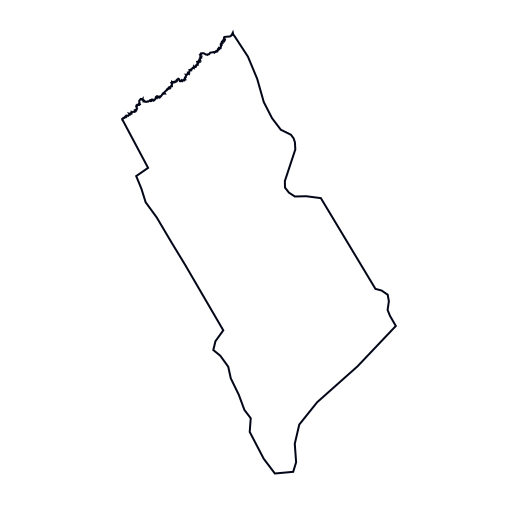 Amada-Gaza, Mambéré-Kadéï, Central African Republic (Albers equal-area conic projection), rotated 60°
{"feature_id": "33826404B6437617730206", "entity_name": "Amada-Gaza", "entity_type": "district", "adm_level": 2, "iso_a3": "CAF", "parent_name": "Central African Republic", "parent_adm1": "Mambéré-Kadéï", "projection": "albers", "projection_center": [14.714, 4.811], "detail": "fine", "context": "isolated", "style": "outline", "palette": "ink", "viewbox_px": 512, "rotation_deg": 60, "n_neighbors": 0, "source": "geoboundaries", "source_scale": "gbopen_adm2", "svg_char_len": 5503}
<svg xmlns="http://www.w3.org/2000/svg" viewBox="0 0 512 512"><g transform="rotate(60 256 256)"><path d="M316.1,340.0L324.5,336.8L338.0,335.4L349.3,339.0L367.7,340.3L383.5,343.0L393.9,341.7L405.2,349.4L435.4,350.7L453.8,348.4L461.5,331.7L454.7,324.4L438.0,316.3L423.6,302.8L413.2,276.1L402.3,223.2L386.5,169.9L374.8,169.9L368.5,169.0L361.7,163.6L355.4,161.3L348.7,164.5L344.2,169.0L238.3,170.9L229.3,182.7L223.9,192.6L217.6,195.8L211.3,196.7L205.5,193.5L183.4,168.7L177.1,165.5L173.0,164.6L168.5,165.1L159.0,171.4L144.6,173.2L126.6,172.3L103.2,166.4L79.3,163.3L54.0,164.7L53.5,165.2L51.0,164.4L51.9,165.7L52.9,167.9L52.8,168.9L51.5,171.6L50.5,173.9L51.4,174.9L51.7,174.9L51.6,175.0L52.0,175.3L52.2,175.1L52.3,175.4L52.5,175.1L52.9,175.0L53.3,175.3L53.4,175.0L53.6,175.2L54.2,176.3L53.9,176.5L53.8,177.1L53.5,177.3L53.5,177.7L53.7,177.8L53.3,177.9L53.4,178.2L53.6,178.2L53.5,178.4L53.8,178.5L54.0,178.9L54.6,179.4L54.8,179.1L55.1,179.7L55.0,179.8L55.3,179.9L55.2,180.1L54.9,180.0L54.9,180.4L55.3,180.5L55.2,180.7L55.5,180.8L55.6,180.6L55.8,180.7L55.9,181.2L56.1,181.3L56.4,181.0L56.5,181.3L57.0,181.5L57.0,181.8L57.2,182.0L57.4,182.1L57.4,182.3L57.5,182.1L58.3,182.7L58.0,183.2L58.1,183.4L57.7,183.5L57.7,183.8L57.4,184.0L57.7,184.2L57.6,184.4L57.8,184.5L57.6,184.7L57.7,185.2L58.1,185.2L58.1,185.4L58.5,185.3L58.4,185.8L58.7,185.9L58.9,186.2L58.8,186.9L59.0,187.0L58.9,187.2L59.1,187.2L59.3,187.3L59.2,187.5L59.3,187.7L59.1,187.8L59.1,188.0L58.9,187.9L58.9,188.4L58.8,188.6L59.0,188.9L58.9,189.6L59.0,190.1L58.7,190.0L58.3,190.3L58.2,191.0L57.0,194.0L57.8,195.7L57.4,196.5L57.6,197.4L56.9,197.8L56.5,198.7L54.4,199.8L53.6,200.9L53.0,202.5L53.6,203.4L53.8,203.5L54.2,203.3L54.1,203.8L54.5,203.7L54.8,204.0L55.3,204.2L55.6,204.1L56.1,204.6L56.4,204.2L56.5,204.5L56.4,204.7L56.7,204.7L56.7,205.0L56.9,204.9L56.9,205.5L57.3,205.6L58.0,206.6L57.8,206.8L58.0,206.9L58.5,206.8L58.3,207.1L58.6,207.3L58.6,207.5L58.2,207.7L58.6,207.7L58.3,208.0L58.6,208.4L59.0,208.5L58.8,208.9L59.0,208.7L58.9,208.9L59.2,208.8L59.0,209.2L59.7,209.0L59.8,209.4L59.6,209.7L60.1,209.7L60.2,210.0L60.2,210.3L60.1,210.5L61.3,210.8L61.2,211.1L60.9,211.1L60.7,211.2L60.8,211.4L60.7,211.9L60.8,212.1L61.1,212.1L61.3,212.6L61.2,212.8L61.6,212.9L61.8,213.1L61.6,213.7L61.8,214.0L61.6,214.2L61.9,214.2L61.8,214.5L61.3,214.6L61.2,214.8L61.5,215.1L61.7,215.3L61.2,215.3L62.1,216.1L62.0,216.3L61.8,216.3L61.7,216.7L61.4,216.9L62.0,218.0L62.0,218.6L61.9,218.8L62.1,219.0L62.4,218.9L62.8,219.2L62.5,219.6L61.9,219.8L61.7,220.5L62.3,220.5L62.2,220.8L62.7,221.2L62.9,221.6L63.2,222.0L63.9,222.2L63.8,222.6L64.5,223.0L64.1,223.2L64.5,223.3L64.3,223.5L64.3,223.8L64.1,223.9L64.4,224.1L64.4,224.6L64.2,224.9L64.5,225.2L64.2,225.7L64.8,225.5L64.5,225.8L64.7,226.3L65.0,226.5L65.3,227.0L66.0,227.3L66.0,228.1L66.3,228.3L66.1,228.5L66.6,228.9L67.0,228.8L67.4,229.2L67.3,229.7L67.7,229.5L67.6,229.9L68.0,230.1L68.1,230.3L67.8,230.6L67.8,230.9L67.7,231.0L67.5,232.0L67.6,232.3L66.9,232.5L67.3,232.9L67.0,233.1L66.8,234.4L66.6,234.5L66.3,234.3L65.5,234.2L64.1,234.3L63.8,234.5L64.1,234.8L63.9,235.3L64.2,235.4L64.1,235.8L64.4,235.7L64.4,236.1L64.1,235.9L64.0,236.1L64.7,236.6L64.7,237.0L64.9,237.2L64.7,237.4L64.9,237.6L64.7,237.9L65.0,238.1L65.0,238.5L64.9,238.8L64.7,239.0L64.8,239.2L64.6,239.3L64.5,239.6L64.7,240.0L64.7,240.3L64.6,240.5L64.3,240.3L64.3,240.6L63.8,240.7L63.6,241.3L63.4,241.5L63.6,241.7L63.2,241.8L63.4,242.0L63.7,241.8L63.6,242.2L63.9,242.4L63.8,242.7L64.1,242.7L64.2,242.4L64.6,242.5L64.6,242.3L65.5,243.0L65.6,243.3L66.5,243.7L66.2,243.9L66.2,244.4L66.9,245.2L66.8,245.5L67.0,246.0L66.8,246.3L67.2,246.4L67.1,246.5L66.8,246.4L66.4,246.7L66.6,247.2L67.2,247.6L67.5,247.6L67.3,248.0L67.0,248.0L66.9,247.8L66.8,248.0L66.9,248.7L67.1,248.9L67.2,250.1L67.3,250.2L67.7,249.9L68.2,252.9L68.5,253.8L69.8,253.7L69.7,253.9L69.5,254.1L69.1,255.4L68.8,255.6L69.2,256.0L69.2,256.5L69.8,257.5L70.1,258.4L69.9,258.7L69.7,259.7L70.5,259.7L70.6,260.2L70.2,260.4L70.3,260.8L70.1,261.0L69.0,261.0L68.4,261.4L68.2,261.8L68.6,261.9L68.9,262.2L68.3,262.2L68.3,262.5L68.7,262.4L69.0,262.5L68.8,262.8L68.5,262.8L68.7,263.2L69.0,263.4L68.7,263.7L68.8,263.8L69.2,263.9L69.5,264.1L69.9,265.6L70.1,265.7L70.3,267.1L70.2,267.3L69.0,267.3L68.9,267.8L68.5,267.7L68.4,267.8L68.4,269.1L69.2,269.1L69.4,269.3L69.2,269.8L68.6,269.8L68.1,269.9L68.4,271.5L68.1,272.0L68.3,272.3L67.9,272.8L67.9,273.6L67.2,274.2L67.1,274.8L66.8,274.8L66.4,275.3L65.8,275.2L65.4,275.6L65.0,275.6L65.2,276.0L64.8,275.9L64.9,275.6L64.7,275.4L63.7,275.6L63.6,275.8L63.8,276.0L63.4,276.2L63.2,276.0L63.3,276.5L62.9,276.5L62.3,277.4L62.6,277.9L63.2,279.6L65.3,280.4L65.4,281.1L66.1,281.0L66.3,280.7L66.6,280.7L66.6,281.2L66.8,281.7L65.6,283.5L65.8,283.8L66.1,283.9L65.9,284.2L66.1,284.4L66.2,284.7L66.8,285.1L67.6,284.9L68.6,285.4L68.9,285.4L69.0,285.9L69.4,286.1L70.0,286.9L69.6,287.2L70.0,287.6L69.5,287.8L69.3,287.7L69.2,287.9L69.6,288.0L69.8,288.5L70.2,288.4L70.5,288.7L70.4,289.4L69.7,290.1L69.6,291.4L69.8,291.8L69.4,291.9L69.7,292.1L69.5,292.5L69.9,292.7L70.1,292.9L70.4,293.0L69.7,294.0L70.0,294.3L69.6,294.6L70.3,294.6L70.6,294.8L70.4,295.1L70.4,295.7L70.7,296.6L70.0,297.2L69.8,297.7L70.0,297.9L70.1,298.3L69.7,298.4L69.8,298.6L70.2,298.5L70.5,298.7L69.9,299.4L70.0,299.6L70.4,299.4L70.5,299.5L70.0,299.9L70.1,300.2L70.6,300.9L70.5,301.3L70.1,301.7L70.7,302.8L70.7,303.1L70.4,302.9L70.3,303.0L70.5,303.5L125.7,305.4L126.9,319.8L140.4,321.6L154.3,324.7L173.0,322.7L202.2,322.4L228.1,321.8L304.0,321.5L309.5,333.7L316.1,340.0Z" fill="none" stroke="#020617" stroke-width="2"/></g></svg>